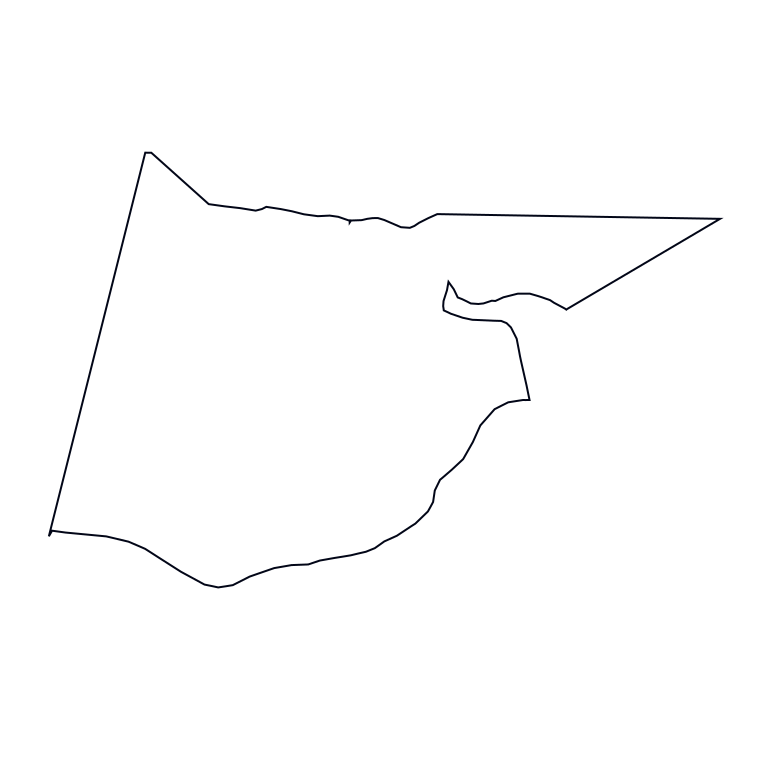 Durandeau, Anse-la-Raye, Saint Lucia (Mercator projection), rotated 4°
{"feature_id": "8701671B30216430122169", "entity_name": "Durandeau", "entity_type": "district", "adm_level": 2, "iso_a3": "LCA", "parent_name": "Saint Lucia", "parent_adm1": "Anse-la-Raye", "projection": "mercator", "projection_center": [-60.993, 13.923], "detail": "fine", "context": "isolated", "style": "outline", "palette": "ink", "viewbox_px": 768, "rotation_deg": 4, "n_neighbors": 0, "source": "geoboundaries", "source_scale": "gbopen_adm2", "svg_char_len": 1887}
<svg xmlns="http://www.w3.org/2000/svg" viewBox="0 0 768 768"><g transform="rotate(4 384 384)"><path d="M129.7,169.9L92.2,380.4L60.3,559.3L61.9,556.0L63.1,553.5L76.6,554.4L117.6,555.4L140.1,559.1L151.6,563.1L157.2,565.1L162.9,568.2L170.7,572.5L194.6,585.5L203.6,589.6L218.9,596.6L226.5,597.6L232.8,598.5L237.7,597.4L240.4,596.8L247.2,595.2L263.4,585.5L270.4,582.5L287.3,575.3L301.6,571.8L304.4,571.1L321.0,569.3L332.3,564.6L347.1,560.9L354.9,559.1L362.9,557.2L369.8,555.0L377.7,552.6L382.8,550.1L386.3,548.4L390.7,544.8L395.3,541.0L407.4,534.5L421.2,523.9L425.0,521.1L436.7,508.1L438.9,503.4L441.2,498.3L441.4,495.9L442.1,486.7L446.6,475.6L448.0,474.3L457.4,465.0L467.2,454.5L468.2,453.4L469.6,450.5L476.7,435.7L483.0,418.6L496.1,401.4L503.1,397.2L509.2,393.6L523.6,390.3L526.7,390.1L530.3,389.8L528.8,384.5L526.3,375.5L519.1,351.6L517.7,346.7L516.5,342.0L513.2,329.6L506.7,318.7L502.0,314.7L499.8,314.0L496.5,312.9L489.2,313.2L485.3,313.3L470.0,313.7L467.7,313.8L457.8,312.4L445.7,309.2L443.0,308.1L438.5,306.4L438.1,304.4L437.6,302.2L437.6,297.1L439.0,291.3L440.3,286.0L441.0,279.5L441.2,277.6L447.0,284.6L449.7,289.3L451.5,292.5L456.0,293.9L460.5,295.7L465.0,297.6L472.7,297.6L473.6,297.4L477.6,296.7L485.7,293.4L489.3,293.4L496.1,289.7L497.0,289.2L511.0,284.6L516.2,284.2L523.1,283.7L531.0,285.4L533.5,286.0L535.9,286.6L539.1,287.5L542.2,288.3L543.9,288.8L547.9,291.1L555.3,294.4L556.9,295.1L559.3,296.2L560.7,297.1L561.2,296.6L707.7,195.8L425.3,210.8L416.7,215.4L407.8,220.7L403.3,224.2L398.9,226.4L397.2,226.4L390.0,226.4L372.9,220.4L366.4,218.9L361.2,219.3L355.8,220.4L350.3,222.1L339.7,223.2L339.3,223.9L338.5,225.3L338.3,223.1L337.1,223.2L326.7,220.4L318.1,219.8L306.3,221.2L292.3,220.3L280.0,218.1L268.8,216.7L254.2,215.5L250.0,218.0L243.9,220.0L228.4,218.6L212.7,217.9L196.6,216.8L135.7,169.5L133.3,169.7L129.7,169.9Z" fill="none" stroke="#020617" stroke-width="2"/></g></svg>